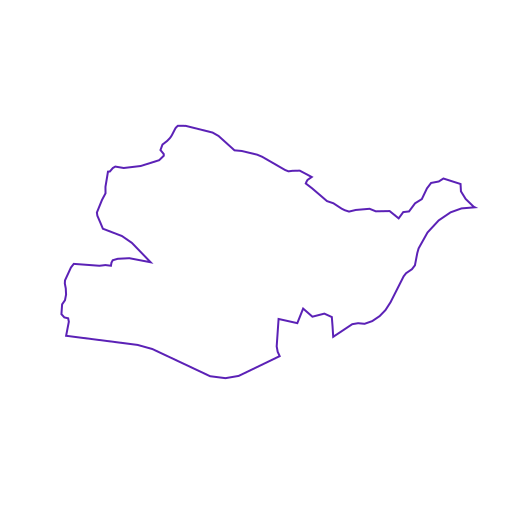 an SVG outline of Ventspils, rotated 208°
{"feature_id": "LVA-934", "entity_name": "Ventspils", "entity_type": "Municipality", "adm_level": 1, "iso_a3": "LVA", "parent_name": "Latvia", "parent_adm1": "", "projection": "robinson", "projection_center": [21.854, 57.3], "detail": "fine", "context": "isolated", "style": "outline", "palette": "violet", "viewbox_px": 512, "rotation_deg": 208, "n_neighbors": 0, "source": "natural_earth", "source_scale": "10m", "svg_char_len": 1612}
<svg xmlns="http://www.w3.org/2000/svg" viewBox="0 0 512 512"><g transform="rotate(208 256 256)"><path d="M85.7,401.7L96.9,394.5L104.7,385.9L111.4,373.2L115.6,357.3L116.0,339.1L115.0,334.4L111.3,322.4L112.1,317.6L115.4,311.3L116.1,307.4L115.5,278.3L116.3,269.0L118.6,261.0L122.8,253.1L128.3,247.1L134.3,244.6L139.0,241.0L149.9,220.9L155.5,230.0L160.4,237.7L168.6,237.2L177.7,228.9L189.7,231.7L188.0,216.1L206.5,211.0L195.3,185.9L191.9,181.6L188.1,178.7L215.0,142.0L225.6,133.8L240.1,128.3L303.8,125.2L318.8,121.9L386.2,96.4L390.4,110.1L392.6,112.8L396.4,111.8L400.5,113.3L404.5,122.3L403.9,127.3L405.6,132.8L408.7,138.0L411.9,142.0L413.2,144.8L414.0,159.0L413.2,163.5L389.6,173.9L384.7,177.3L379.5,179.3L380.5,182.3L380.5,185.0L376.8,188.6L366.8,194.6L346.1,201.0L371.7,209.3L383.7,210.7L404.0,208.2L409.0,212.3L415.0,217.1L416.9,219.7L418.3,233.2L418.3,240.7L421.4,246.4L426.3,261.0L424.7,262.0L423.7,266.5L422.2,268.9L414.1,271.6L400.1,281.3L386.5,295.1L384.5,301.2L385.3,302.7L390.1,304.7L390.9,310.5L388.5,315.8L387.4,319.6L387.1,321.5L387.0,323.4L387.1,331.0L386.7,332.7L386.1,334.3L379.2,337.9L352.3,344.6L345.4,344.4L324.6,339.2L318.0,342.0L302.6,346.0L297.2,346.5L270.7,345.6L267.1,346.0L263.7,348.4L257.4,351.9L243.9,351.9L246.2,347.4L246.3,345.4L246.1,343.4L238.3,342.1L219.1,337.8L212.4,338.9L202.6,338.0L199.1,338.1L194.7,338.9L189.5,343.5L177.9,351.0L171.2,351.7L159.1,358.4L147.7,356.2L146.6,363.9L141.8,367.2L140.3,377.2L136.3,384.1L136.8,396.0L135.7,402.7L129.6,407.6L126.9,412.4L109.2,415.6L105.4,409.3L97.7,404.8L87.0,401.7L85.7,401.7Z" fill="none" stroke="#5b21b6" stroke-width="2"/></g></svg>